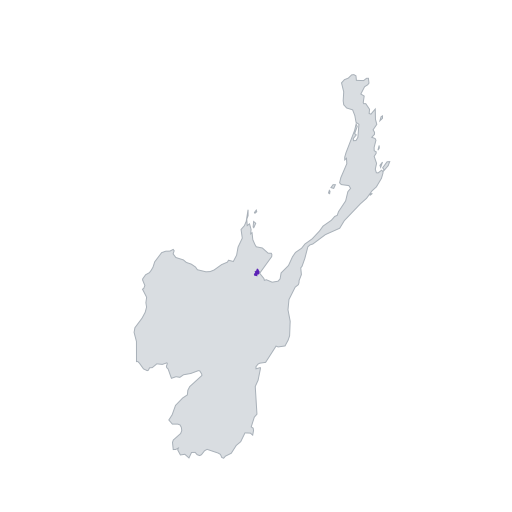 Phan Thong, Chon Buri, Thailand shown in context, rotated 210°
{"feature_id": "78962969B10956756267411", "entity_name": "Phan Thong", "entity_type": "district", "adm_level": 2, "iso_a3": "THA", "parent_name": "Thailand", "parent_adm1": "Chon Buri", "projection": "equal_earth", "projection_center": [101.08, 13.465], "detail": "fine", "context": "in_parent", "style": "filled", "palette": "violet", "viewbox_px": 512, "rotation_deg": 210, "n_neighbors": 0, "source": "geoboundaries", "source_scale": "gbopen_adm2", "svg_char_len": 5184}
<svg xmlns="http://www.w3.org/2000/svg" viewBox="0 0 512 512"><g transform="rotate(210 256 256)"><path d="M226.8,48.9L227.2,50.9L228.8,48.3L230.9,47.0L235.1,52.8L235.6,55.3L232.5,64.6L233.0,67.7L234.9,70.2L237.3,71.7L239.7,71.3L244.4,68.6L249.5,70.4L249.2,76.5L251.0,86.4L248.5,96.4L246.0,101.4L247.9,105.7L248.1,109.8L243.1,125.5L244.1,126.7L247.3,128.4L248.6,127.9L253.7,121.7L259.4,116.9L261.3,112.8L264.9,111.5L268.1,107.8L275.6,114.2L277.5,114.7L278.5,115.8L278.9,118.4L279.8,118.9L282.9,115.3L288.0,113.0L290.0,107.5L292.3,105.9L292.1,103.3L292.9,102.3L297.0,102.0L303.4,104.9L305.6,105.5L306.7,104.8L316.8,122.2L323.4,128.9L325.0,133.4L323.6,145.2L323.8,151.8L325.2,157.0L328.0,160.5L330.1,165.6L337.7,170.5L337.0,171.8L337.5,174.9L342.3,178.6L342.7,179.8L342.2,184.6L340.0,188.2L339.6,191.2L339.6,194.8L340.8,200.3L339.4,211.7L336.6,215.0L333.0,217.2L331.0,220.3L329.5,219.6L328.8,216.4L324.7,214.6L317.0,216.3L313.1,215.6L307.9,216.6L302.9,216.2L299.9,214.8L291.4,217.3L287.9,219.6L285.3,222.9L281.5,231.3L277.7,236.4L277.7,238.6L272.9,239.9L273.2,247.0L276.0,254.8L276.8,264.6L282.2,271.5L281.2,276.4L281.8,281.1L286.0,292.1L283.0,286.9L282.4,283.3L278.8,277.9L277.7,280.6L273.5,276.5L271.7,272.5L271.1,274.2L266.9,268.5L262.7,265.4L260.4,264.1L254.5,266.1L246.9,264.5L244.1,266.0L242.9,265.1L242.1,263.3L244.2,242.9L237.8,240.4L236.6,239.1L235.2,240.6L228.9,241.4L224.3,245.2L223.7,248.3L225.8,253.9L223.1,264.0L224.0,273.6L223.6,278.8L220.4,285.5L219.6,290.9L215.9,299.0L213.5,309.4L212.9,315.4L208.6,324.6L207.6,329.7L206.0,331.7L206.7,335.8L205.9,348.5L208.6,357.6L207.9,361.9L210.8,363.4L217.9,360.5L220.2,361.2L221.7,366.2L223.5,381.3L226.5,385.9L227.2,383.6L228.6,386.0L229.7,390.5L233.4,414.2L235.3,420.4L233.1,418.8L231.8,411.3L229.7,411.0L230.5,406.3L229.2,404.6L227.1,406.0L227.1,409.7L232.7,421.5L236.2,421.8L240.6,427.0L245.4,430.9L251.5,429.5L255.6,430.8L258.1,434.0L262.1,442.0L268.5,448.7L267.6,452.9L265.0,456.2L263.7,460.7L261.9,462.0L259.5,462.0L256.9,458.3L250.5,461.7L249.1,465.2L247.5,466.1L244.6,462.2L244.9,460.1L246.6,456.9L246.2,448.7L242.3,448.6L239.8,442.4L238.9,441.8L237.1,442.8L231.0,439.8L229.3,436.0L227.4,436.3L226.2,442.9L220.9,434.1L217.2,430.4L217.7,423.8L215.2,422.4L214.2,420.6L215.1,416.7L211.6,417.3L210.0,416.2L208.0,409.1L206.3,406.3L204.0,406.3L203.3,404.9L203.5,401.4L197.9,396.5L196.1,390.8L193.4,388.3L191.8,389.0L190.1,393.1L188.8,392.8L187.6,391.7L186.2,386.0L186.3,376.1L188.1,370.4L189.1,361.2L191.7,353.4L197.2,330.8L197.4,321.9L206.6,309.2L212.8,294.8L214.8,292.6L215.7,289.9L212.5,278.3L211.0,270.2L211.3,268.1L207.4,262.6L206.4,256.3L205.4,254.3L205.0,252.3L206.5,248.6L205.7,234.8L201.4,225.4L193.8,216.6L187.0,203.7L186.1,199.1L185.9,192.6L191.4,188.3L193.6,188.0L194.5,168.7L199.2,165.0L200.2,163.4L200.7,160.2L199.6,158.3L196.5,161.5L195.9,160.8L192.1,149.5L191.4,142.6L176.1,119.5L176.9,115.6L174.7,105.6L172.4,105.5L170.9,103.7L169.3,99.2L172.3,99.8L177.1,97.3L176.4,87.6L178.4,82.1L178.8,72.8L182.4,67.4L182.9,64.7L184.9,64.4L187.6,66.4L190.3,66.4L201.7,64.1L203.2,61.6L203.9,56.6L205.0,55.0L207.6,54.5L210.5,55.5L213.6,53.6L213.1,47.6L218.5,48.7L222.0,45.9L226.8,48.9ZM190.4,395.7L189.6,403.1L187.4,404.6L186.7,400.3L188.0,393.4L188.6,395.0L190.4,395.7ZM225.3,352.7L224.9,356.3L222.9,357.4L222.5,353.4L225.3,352.7ZM273.0,279.7L275.3,284.7L272.6,284.2L272.1,279.4L273.0,279.7ZM216.5,440.6L215.3,438.5L216.3,435.1L217.3,439.2L216.5,440.6ZM194.0,396.5L193.4,400.6L192.4,395.1L194.0,396.5ZM225.3,349.5L224.3,349.1L223.4,346.8L224.7,346.8L225.3,349.5ZM203.3,408.6L204.6,413.3L203.2,411.1L203.3,408.6ZM279.1,292.9L278.7,295.9L277.5,294.7L278.3,292.5L279.1,292.9ZM187.8,367.2L186.5,368.3L187.6,365.5L187.8,367.2Z" fill="#d9dde1" stroke="#a8b0b8" stroke-width="1"/><path d="M247.9,244.5L247.8,244.4L247.7,244.2L247.8,243.7L247.9,243.3L247.9,243.1L248.0,243.0L248.0,242.8L247.9,242.8L248.0,242.7L247.9,242.7L247.8,242.4L247.7,242.4L247.7,242.2L247.7,241.9L247.7,241.7L247.8,241.5L247.8,241.4L247.7,241.3L247.6,241.2L247.4,241.2L247.2,241.0L247.2,240.9L247.3,240.9L247.2,240.8L247.3,240.8L247.2,240.8L247.3,240.7L247.2,240.7L247.3,240.7L247.4,240.4L247.4,240.2L247.5,240.0L247.5,239.9L247.7,239.7L247.8,239.6L247.8,239.4L247.7,239.4L247.6,239.2L247.4,239.0L247.2,239.2L247.2,239.3L247.0,239.5L247.0,239.4L246.9,239.4L246.9,239.5L246.8,239.4L246.7,239.4L246.4,239.4L246.2,239.5L246.2,239.4L245.9,239.5L246.0,239.6L246.2,239.8L246.3,239.9L246.4,240.0L246.5,240.0L246.6,240.3L246.5,240.5L246.6,240.8L246.4,240.8L246.4,240.7L246.4,240.8L246.3,240.7L246.2,240.7L246.1,240.8L246.0,241.0L245.9,241.2L245.9,241.3L245.8,241.5L245.7,241.7L245.4,241.7L245.4,241.8L245.2,241.9L245.3,241.9L245.3,242.0L245.2,242.1L245.3,242.2L245.3,242.3L245.4,242.5L245.5,242.7L245.5,242.8L245.6,242.7L245.6,242.8L245.8,242.7L246.0,242.6L246.4,242.6L246.5,242.5L246.5,242.9L246.4,242.8L246.3,243.0L246.2,243.3L246.2,243.5L246.3,243.5L246.2,243.5L246.3,243.6L246.2,243.7L246.3,243.8L246.2,243.9L246.3,244.0L246.5,244.1L246.7,244.3L246.8,244.3L247.1,244.4L247.1,244.5L247.3,244.6L247.5,244.5L247.5,244.8L247.7,245.0L247.8,245.0L247.7,244.8L247.8,244.7L247.7,244.6L247.8,244.6L247.9,244.5Z" fill="#8b5cf6" stroke="#5b21b6" stroke-width="1.5"/></g></svg>